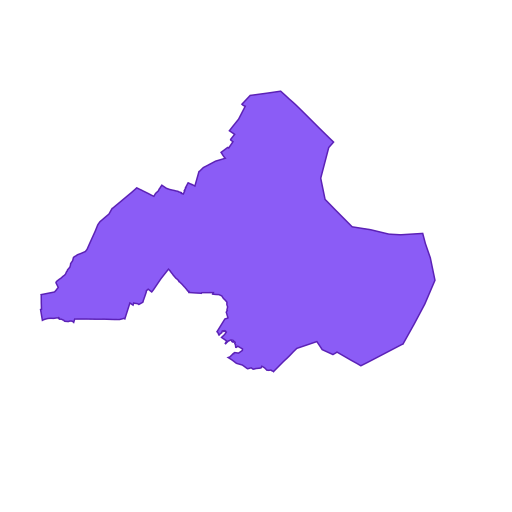 Raalte, Overijssel, Netherlands, rotated 298°
{"feature_id": "6326949B71702819587140", "entity_name": "Raalte", "entity_type": "district", "adm_level": 2, "iso_a3": "NLD", "parent_name": "Netherlands", "parent_adm1": "Overijssel", "projection": "orthographic", "projection_center": [6.247, 52.387], "detail": "fine", "context": "isolated", "style": "filled", "palette": "violet", "viewbox_px": 512, "rotation_deg": 298, "n_neighbors": 0, "source": "geoboundaries", "source_scale": "gbopen_adm2", "svg_char_len": 5781}
<svg xmlns="http://www.w3.org/2000/svg" viewBox="0 0 512 512"><g transform="rotate(298 256 256)"><path d="M121.0,84.4L120.7,84.7L113.7,88.5L108.3,91.6L107.6,90.9L98.9,97.6L99.9,98.3L100.8,99.1L101.8,100.1L103.0,101.4L103.8,102.6L104.3,103.4L104.8,104.3L105.6,106.0L106.1,106.9L107.5,108.7L108.0,109.4L108.2,110.0L108.6,110.4L108.9,110.5L108.8,111.0L108.8,111.4L108.2,111.4L108.2,111.6L107.9,112.1L108.0,112.3L108.7,113.6L108.9,114.2L108.8,115.3L109.0,116.0L109.0,116.6L108.6,117.3L108.6,117.6L108.6,117.8L109.9,120.9L110.2,121.3L110.7,121.7L111.0,122.0L111.4,122.6L111.9,123.6L112.0,123.9L112.1,124.8L112.0,125.4L111.8,126.2L115.2,125.5L120.7,135.8L125.6,145.4L127.8,149.5L128.8,151.3L131.1,156.0L132.8,159.5L135.6,164.9L135.9,165.4L138.9,168.7L139.0,169.0L138.9,169.7L152.1,167.3L155.3,166.7L154.9,170.5L157.1,170.1L157.3,171.1L158.2,173.5L158.3,174.0L158.3,174.6L158.2,175.3L161.9,177.7L162.1,177.8L162.6,177.7L163.6,177.5L164.3,177.3L165.7,177.2L166.3,177.0L167.4,176.9L172.8,176.0L173.2,175.8L173.4,175.6L173.7,175.5L174.7,175.9L175.2,175.9L175.5,176.1L176.1,176.4L175.3,180.8L178.0,181.3L191.2,182.7L203.3,184.9L203.2,185.2L202.7,186.9L202.6,187.2L202.1,187.7L201.8,188.7L201.5,189.2L201.3,189.7L200.8,190.9L200.5,191.4L200.0,192.4L200.0,192.6L199.4,194.1L198.8,195.6L198.6,196.7L198.5,197.4L197.8,199.5L197.6,199.5L197.2,200.1L197.3,200.3L197.3,200.5L196.3,204.1L195.8,205.4L195.1,207.3L195.1,207.6L194.3,209.4L194.2,209.9L194.0,210.3L193.7,210.8L193.0,212.5L193.3,213.3L192.9,213.6L192.8,213.9L192.0,213.3L193.9,217.5L195.2,220.4L196.8,223.8L197.3,225.0L197.5,225.1L197.5,225.3L198.2,225.4L203.6,235.5L202.5,235.5L202.0,235.6L203.0,238.2L204.5,241.4L204.5,241.6L204.7,244.5L204.2,245.4L203.2,247.2L203.1,247.6L202.7,249.2L202.4,249.8L202.1,250.5L202.1,251.1L202.0,251.3L201.9,251.5L201.0,252.4L200.3,252.6L199.4,253.1L198.8,253.7L197.9,254.7L197.6,254.9L195.7,255.4L194.9,255.6L194.5,255.8L194.4,256.2L192.4,256.1L191.7,256.9L189.9,258.6L188.8,259.8L188.2,260.3L187.4,259.7L185.8,258.1L170.8,257.1L170.7,257.8L170.4,258.4L169.8,259.1L169.4,259.6L168.9,260.3L168.8,260.5L169.0,260.6L169.5,260.6L169.9,260.7L172.2,261.7L172.3,261.8L173.4,261.5L173.9,261.4L174.5,262.1L174.3,263.0L175.1,263.1L175.0,264.0L175.4,264.3L175.1,264.6L174.9,264.9L174.8,265.2L174.8,265.5L173.8,265.4L172.3,265.2L171.5,265.0L170.2,264.6L169.2,264.2L167.9,263.8L167.2,270.1L166.6,270.0L164.4,269.9L164.3,270.4L165.6,270.7L168.2,271.6L168.3,271.7L168.9,272.4L169.3,272.6L169.7,272.8L169.8,272.9L169.9,273.1L170.4,274.1L169.7,274.3L169.4,274.5L169.1,275.4L169.1,275.8L169.3,276.4L169.5,276.4L170.5,276.0L170.1,277.6L170.0,277.9L170.0,278.1L169.9,278.2L169.0,278.2L168.4,278.7L168.3,279.5L168.0,279.8L167.3,279.9L165.9,281.0L166.1,281.4L166.1,281.5L166.9,281.9L167.8,282.3L167.6,287.7L166.2,288.3L162.1,286.2L161.9,285.8L160.8,282.7L160.5,282.2L160.2,282.1L159.3,282.3L159.2,282.2L158.9,281.6L158.4,281.5L157.4,281.2L154.6,280.3L153.3,279.1L153.0,283.1L152.7,285.4L152.1,288.6L152.1,289.3L152.3,290.3L153.3,295.0L153.3,295.4L152.6,300.3L152.5,301.1L152.5,301.5L152.7,301.8L154.4,303.6L155.0,304.3L154.7,306.6L154.8,306.7L155.1,307.1L155.5,307.4L155.7,308.0L156.3,308.3L158.6,311.8L159.5,312.9L159.7,313.0L159.9,313.0L161.4,312.9L161.4,313.7L161.3,316.0L160.5,318.6L160.4,318.9L160.3,319.0L160.9,320.7L161.3,321.3L162.3,322.7L162.1,324.0L162.3,325.5L162.2,325.8L162.4,325.8L175.4,329.7L178.1,330.6L180.0,331.3L183.8,332.5L188.9,333.9L193.6,335.4L209.0,349.9L206.4,354.8L204.4,358.4L204.8,365.1L205.1,370.2L208.8,372.5L209.2,372.6L209.0,377.9L208.6,388.8L208.5,395.8L208.3,400.1L214.5,404.5L243.7,424.5L246.6,426.5L247.1,427.1L270.4,427.6L292.8,427.6L318.6,425.4L336.3,410.7L337.2,409.7L346.5,399.7L354.2,392.6L342.6,373.7L337.7,363.1L333.1,345.2L326.9,327.2L333.7,305.2L338.4,290.4L351.8,279.3L355.1,276.6L385.9,269.3L393.0,271.0L395.0,264.0L398.7,251.5L402.7,238.4L405.4,229.5L407.9,221.0L408.5,218.8L409.8,213.5L410.2,211.6L411.4,207.2L413.1,200.4L405.6,190.2L395.4,176.0L395.1,175.5L383.4,172.3L383.1,173.5L383.0,174.0L383.0,174.6L383.2,176.2L368.7,176.4L359.8,174.7L354.1,173.7L353.4,180.0L347.3,178.9L346.9,178.9L346.6,179.1L346.5,179.3L346.1,182.0L345.9,182.0L338.6,181.2L338.7,180.6L338.7,180.4L338.6,180.1L338.3,179.9L331.1,176.5L330.3,178.0L329.7,178.9L328.0,182.3L327.9,182.6L328.0,182.8L327.9,183.0L327.3,182.4L327.2,182.3L325.9,181.0L320.8,175.8L317.7,173.7L309.8,168.3L309.4,168.0L309.1,167.9L304.1,166.3L303.8,166.0L289.1,169.2L289.1,165.7L288.9,165.7L288.9,165.2L288.8,161.9L288.6,161.8L288.6,161.7L283.3,161.7L283.3,162.0L280.0,162.0L280.0,162.5L276.6,162.7L276.4,161.4L276.3,161.2L276.3,160.5L276.3,160.4L276.9,160.3L276.3,157.3L276.5,156.8L275.8,154.6L275.5,153.1L275.0,151.5L274.6,150.0L274.1,148.1L274.1,147.3L273.9,146.8L273.9,146.2L273.7,145.2L274.3,139.6L272.6,139.5L272.6,139.4L271.4,139.3L271.2,139.4L269.8,139.1L267.8,139.2L267.3,139.1L264.9,138.2L264.1,138.0L263.5,137.9L260.7,137.8L260.7,137.5L260.6,135.2L260.6,131.6L260.5,128.8L260.5,128.3L260.4,125.7L260.4,123.0L260.3,122.7L260.2,119.2L260.2,118.7L257.9,117.9L253.7,116.3L231.4,107.2L230.6,106.9L230.5,106.7L229.7,106.6L224.4,106.5L223.8,106.4L220.6,105.1L213.5,102.3L212.9,102.1L209.7,101.7L209.0,101.7L202.2,102.4L189.7,103.2L182.9,103.7L182.4,103.7L179.8,103.2L175.9,100.1L173.9,98.3L173.2,97.7L172.1,97.2L171.6,97.0L171.3,96.7L170.0,95.9L169.2,95.6L168.6,95.6L168.4,95.6L167.9,95.8L166.2,96.2L165.4,96.3L164.8,96.2L164.1,96.1L162.3,95.9L161.9,96.0L161.1,96.4L160.3,96.6L158.7,96.9L157.5,96.6L156.1,96.3L155.3,96.1L154.5,96.3L154.1,96.3L153.1,96.1L151.8,96.2L151.0,96.3L150.1,96.2L149.0,95.9L147.2,95.0L145.3,94.4L142.8,93.1L140.3,92.0L139.7,91.8L138.5,91.9L135.4,96.2L132.6,95.6L132.4,95.7L131.6,95.5L131.4,95.4L130.0,95.1L129.6,94.9L129.4,94.7L121.0,84.4Z" fill="#8b5cf6" stroke="#5b21b6" stroke-width="1.5"/></g></svg>